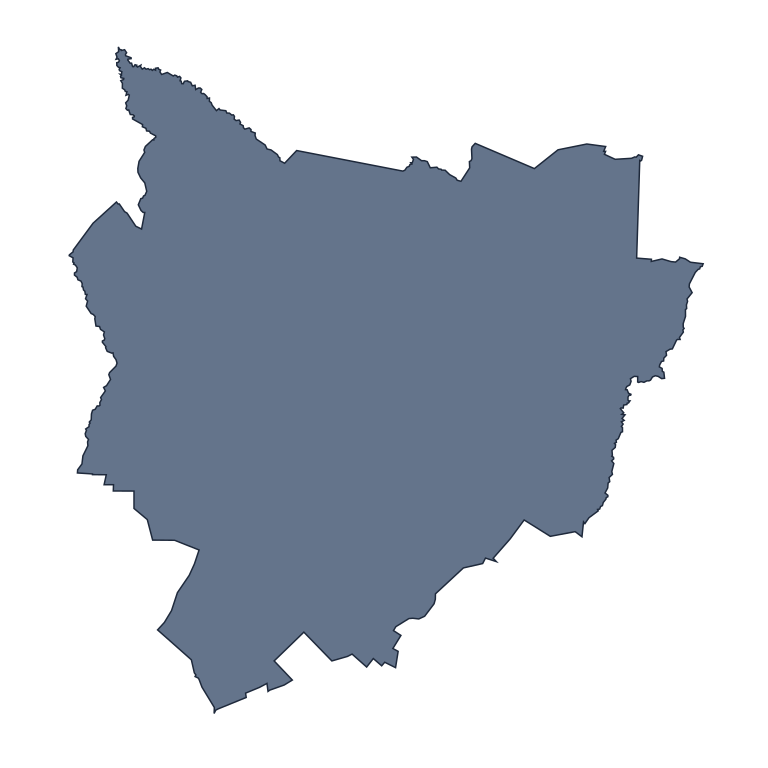 the district of Nogoya, Entre Ríos, Argentina, rotated 271°
{"feature_id": "61730980B78785017489869", "entity_name": "Nogoya", "entity_type": "district", "adm_level": 2, "iso_a3": "ARG", "parent_name": "Argentina", "parent_adm1": "Entre Ríos", "projection": "albers", "projection_center": [-59.632, -32.251], "detail": "fine", "context": "isolated", "style": "filled", "palette": "slate", "viewbox_px": 768, "rotation_deg": 271, "n_neighbors": 0, "source": "geoboundaries", "source_scale": "gbopen_adm2", "svg_char_len": 6096}
<svg xmlns="http://www.w3.org/2000/svg" viewBox="0 0 768 768"><g transform="rotate(271 384 384)"><path d="M113.4,356.8L100.7,371.6L109.3,378.1L102.2,386.6L105.8,389.6L100.6,400.5L116.9,402.8L119.7,397.5L132.9,405.3L137.6,397.8L141.6,400.1L149.9,413.0L150.3,416.8L149.7,422.9L152.5,428.7L165.1,437.9L169.7,439.1L175.1,439.1L201.5,466.6L206.2,485.8L211.7,488.5L208.4,499.4L211.7,496.2L231.4,512.9L250.5,526.5L234.6,552.9L239.7,577.7L234.7,584.6L249.6,585.9L247.9,587.3L253.9,591.3L260.9,600.4L262.3,599.7L262.7,601.8L265.3,602.7L266.2,604.5L269.4,605.3L272.6,607.8L274.3,608.2L275.2,609.8L276.6,609.8L278.9,606.9L284.0,609.5L288.9,609.8L290.3,611.4L294.4,610.7L297.6,614.0L300.5,613.3L308.5,615.2L311.1,612.9L313.1,615.0L314.7,614.8L315.8,613.0L316.7,613.6L321.7,613.1L324.6,616.3L327.4,616.6L328.7,615.5L329.7,617.4L331.9,617.0L333.4,619.2L339.7,621.7L340.4,623.3L344.6,623.2L345.7,622.1L348.1,623.8L350.3,622.0L351.8,624.8L353.7,622.6L357.4,625.5L357.8,622.3L359.4,624.2L363.5,620.7L364.2,621.3L364.1,623.6L367.1,624.0L367.7,627.2L369.1,627.5L369.3,628.8L371.4,630.2L371.4,628.8L372.4,628.2L375.2,628.2L377.2,629.3L377.1,630.8L378.0,631.1L379.1,628.6L382.5,627.2L382.6,625.6L383.9,625.9L385.7,626.8L387.4,629.8L391.0,631.0L393.6,630.3L396.0,634.0L395.9,637.5L390.4,637.6L390.0,638.6L390.9,641.0L390.2,643.9L391.7,646.7L391.8,649.0L392.5,650.4L395.7,652.3L397.0,655.1L396.4,658.0L394.2,661.5L394.6,664.4L400.7,663.6L401.5,662.1L404.4,661.8L405.9,659.0L407.9,659.3L411.4,661.1L411.9,663.2L414.7,663.3L417.6,666.0L421.3,665.4L423.8,669.4L424.1,671.7L432.9,675.7L433.7,676.6L433.7,679.3L435.7,678.6L441.1,682.4L443.3,681.9L444.8,683.1L446.1,682.2L449.6,682.1L456.9,684.3L463.6,684.1L464.7,685.3L468.4,685.0L471.9,686.1L474.3,685.5L480.7,690.5L486.3,687.4L489.4,687.6L501.0,693.3L504.1,696.1L504.6,697.6L506.8,698.3L507.2,700.1L509.8,701.0L511.1,688.3L514.4,683.0L515.9,677.4L514.4,677.3L511.0,673.4L511.4,668.8L513.9,659.8L511.2,649.1L513.4,649.2L514.3,634.4L612.0,635.8L611.5,636.8L612.3,637.7L616.2,638.6L617.6,634.4L615.2,632.2L615.4,630.7L614.0,627.6L612.7,611.2L617.5,600.4L620.5,601.5L620.5,599.6L625.3,601.5L627.5,582.6L621.2,553.9L602.0,530.6L626.2,471.0L622.7,467.9L620.4,467.4L610.9,468.0L608.9,467.2L607.9,465.5L601.6,465.9L588.0,457.4L589.0,453.6L591.2,452.2L594.5,446.0L598.8,441.4L598.9,437.9L599.7,437.4L600.0,434.8L601.7,433.1L601.0,426.5L607.1,423.4L608.0,420.5L607.9,417.7L611.5,412.5L611.3,407.9L609.1,409.5L605.7,408.4L605.7,406.9L604.4,407.9L603.9,406.1L602.1,405.4L601.1,403.1L598.1,401.1L597.2,399.1L615.9,292.6L603.0,280.8L605.4,276.1L608.4,275.9L609.1,274.6L611.5,273.4L616.1,266.9L616.9,263.0L620.9,261.0L626.7,252.0L630.3,250.7L632.7,250.9L634.2,246.6L636.1,246.6L637.7,244.7L636.4,240.4L637.8,239.0L639.8,238.7L641.5,235.4L643.1,236.0L645.4,234.6L644.8,231.5L646.2,229.6L649.0,229.8L650.5,228.7L650.3,227.0L652.1,224.8L652.2,222.1L654.5,221.1L655.1,215.4L656.5,214.2L654.4,211.7L659.8,207.3L662.3,206.3L663.6,204.5L666.9,204.5L666.4,202.2L668.1,202.1L670.2,200.1L671.3,198.6L671.1,197.0L672.4,195.6L675.3,196.7L676.7,195.1L676.7,193.3L675.1,190.6L679.4,189.9L678.8,187.1L682.3,185.4L683.0,182.7L683.7,182.4L683.2,179.2L680.7,178.0L680.8,176.5L683.3,175.9L683.6,174.8L686.5,175.6L688.0,174.3L687.2,172.2L688.5,171.4L689.2,169.4L688.3,167.9L691.7,161.9L689.6,156.3L692.1,154.5L694.0,155.2L694.7,153.4L696.2,152.6L695.7,150.0L693.8,150.1L694.7,148.3L693.5,146.9L694.7,145.6L694.2,144.0L695.2,142.7L694.6,140.6L696.0,139.0L694.6,136.8L697.2,134.9L698.5,135.3L696.6,132.0L697.5,130.9L698.4,131.3L698.9,129.5L696.9,128.2L697.0,127.1L700.4,126.0L700.3,124.6L703.5,122.1L704.3,122.3L704.9,125.5L705.8,125.4L707.7,119.9L709.3,119.8L710.7,120.9L713.7,118.8L712.9,115.6L713.6,115.4L713.9,113.8L716.4,112.5L711.7,112.9L709.6,110.1L706.1,111.4L704.0,110.4L704.5,112.7L702.6,113.8L701.1,112.9L700.6,111.2L697.8,111.3L696.1,112.9L695.6,114.6L694.0,113.7L692.7,114.1L691.7,116.4L689.0,116.1L689.1,114.8L688.0,116.1L687.0,115.2L685.6,115.6L685.0,118.5L683.9,118.3L682.7,115.5L680.1,117.2L675.2,117.2L673.6,119.6L672.0,120.2L671.7,121.9L668.2,121.0L669.1,123.3L668.4,124.3L663.3,123.2L660.6,120.8L657.6,121.9L654.9,121.1L653.3,122.6L653.5,124.0L649.0,125.6L648.8,128.4L647.7,129.7L646.8,129.6L646.2,127.9L644.6,128.0L639.2,138.1L637.0,137.9L635.5,141.5L632.9,142.2L632.6,145.1L630.8,146.1L628.1,151.4L626.7,151.5L625.4,149.7L624.0,149.6L624.2,148.4L617.4,141.3L613.8,139.9L611.4,140.7L602.4,135.2L595.3,134.1L591.4,134.3L585.8,137.1L580.9,141.3L572.5,143.4L568.5,141.7L567.8,140.3L565.6,139.4L565.1,137.6L558.9,135.2L553.3,138.0L551.3,140.2L551.3,141.8L534.7,138.9L537.4,133.1L550.4,124.1L551.8,121.6L559.4,116.2L559.3,115.0L561.3,113.3L539.7,90.3L512.6,71.0L510.7,70.8L507.7,67.2L506.8,67.0L504.7,70.9L500.6,70.7L499.6,72.0L498.4,71.5L497.5,73.4L494.8,75.3L491.0,74.7L489.6,72.6L487.5,72.6L485.3,75.4L482.9,76.1L481.6,79.2L479.1,80.5L476.1,80.3L475.7,81.3L472.8,81.9L471.5,83.3L468.4,83.8L468.3,85.5L464.0,84.1L461.8,86.2L456.6,84.9L449.4,89.9L448.4,92.2L446.3,94.1L444.2,93.7L436.9,95.0L436.5,98.6L433.7,99.6L431.2,103.5L428.1,102.7L424.6,104.0L423.1,103.6L422.1,101.7L420.8,101.7L416.5,105.3L415.4,105.0L411.8,106.7L410.1,111.3L410.4,112.5L406.9,113.2L403.7,115.6L400.2,116.7L397.2,115.7L390.6,109.4L388.5,108.7L383.8,110.5L377.5,106.6L375.7,103.7L372.2,105.5L365.5,100.9L363.5,101.8L360.5,100.2L357.8,100.4L357.0,99.3L357.1,97.6L353.7,95.7L352.7,93.1L348.9,92.0L343.1,91.9L340.8,90.0L339.8,90.8L338.3,89.8L336.2,89.8L333.8,86.5L332.5,87.3L329.1,86.1L326.4,86.7L323.4,89.5L320.9,88.6L317.1,89.0L306.9,84.2L298.8,83.4L292.9,79.2L289.7,79.0L289.0,94.1L288.3,94.1L288.4,107.9L278.4,105.9L278.6,115.3L272.3,115.2L272.6,135.9L255.2,136.2L244.3,149.7L223.9,155.4L224.1,177.3L214.8,202.0L200.8,197.6L189.3,192.6L171.8,181.1L153.7,175.5L141.8,168.6L134.2,161.9L104.9,196.2L91.9,199.4L89.8,201.0L88.2,200.2L86.8,203.3L85.5,204.2L77.7,207.3L57.6,220.0L51.6,219.9L54.9,221.4L56.2,223.7L68.2,251.7L72.5,251.0L78.5,264.8L82.6,272.2L74.6,273.4L75.9,275.1L81.3,289.5L86.4,297.5L105.2,279.0L134.5,308.2L106.2,336.7L111.0,352.3L113.4,356.8Z" fill="#64748b" stroke="#1e293b" stroke-width="1.5"/></g></svg>